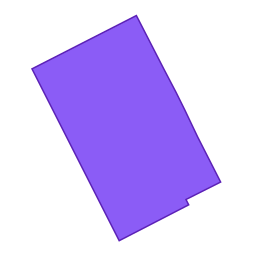 Bennett, South Dakota, United States of America, rotated 243°
{"feature_id": "52423323B93882616989582", "entity_name": "Bennett", "entity_type": "district", "adm_level": 2, "iso_a3": "USA", "parent_name": "United States of America", "parent_adm1": "South Dakota", "projection": "mercator", "projection_center": [-101.7, 43.193], "detail": "fine", "context": "isolated", "style": "filled", "palette": "violet", "viewbox_px": 256, "rotation_deg": 243, "n_neighbors": 0, "source": "geoboundaries", "source_scale": "gbopen_adm2", "svg_char_len": 318}
<svg xmlns="http://www.w3.org/2000/svg" viewBox="0 0 256 256"><g transform="rotate(243 128 128)"><path d="M31.6,69.0L32.0,147.2L38.0,147.2L37.8,186.0L88.6,186.0L118.4,186.8L137.6,187.0L164.9,186.7L223.9,186.5L224.1,186.5L224.4,186.5L224.3,69.3L31.6,69.0Z" fill="#8b5cf6" stroke="#5b21b6" stroke-width="1.5"/></g></svg>